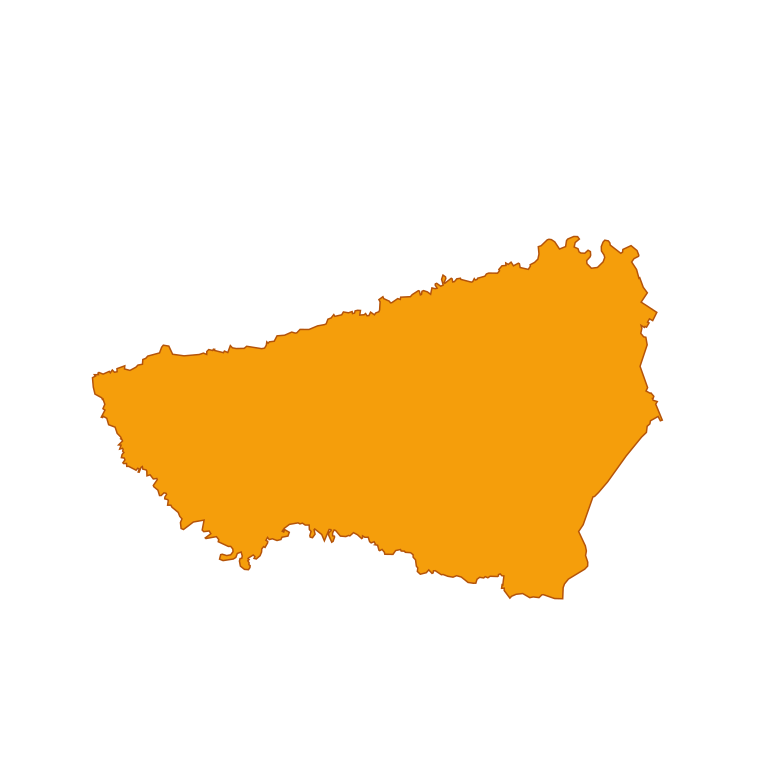 Paso de Ovejas, Veracruz, Mexico, rotated 24°
{"feature_id": "50627088B17085270439419", "entity_name": "Paso de Ovejas", "entity_type": "district", "adm_level": 2, "iso_a3": "MEX", "parent_name": "Mexico", "parent_adm1": "Veracruz", "projection": "natural_earth1", "projection_center": [-96.462, 19.257], "detail": "fine", "context": "isolated", "style": "filled", "palette": "amber", "viewbox_px": 768, "rotation_deg": 24, "n_neighbors": 0, "source": "geoboundaries", "source_scale": "gbopen_adm2", "svg_char_len": 6170}
<svg xmlns="http://www.w3.org/2000/svg" viewBox="0 0 768 768"><g transform="rotate(24 384 384)"><path d="M547.2,168.3L534.2,165.1L532.9,163.2L530.7,162.0L527.2,162.8L526.4,165.3L526.6,170.1L528.5,174.0L532.6,176.7L534.2,178.7L534.5,183.3L531.6,190.7L526.4,193.9L520.4,191.5L519.0,188.8L520.6,183.9L520.4,182.2L518.7,179.1L516.0,178.8L514.2,182.9L510.5,184.3L508.4,183.9L506.2,181.5L502.0,181.5L501.1,177.0L503.5,172.1L500.9,170.6L497.4,172.0L492.9,176.8L492.4,178.7L494.0,184.6L489.4,189.3L482.2,184.7L478.2,184.0L475.8,184.7L474.5,185.9L471.3,193.8L469.1,195.8L472.7,202.2L473.8,207.3L472.1,211.7L469.0,215.6L469.8,216.8L469.2,220.6L461.0,222.2L458.8,219.1L457.6,219.0L454.2,223.4L450.5,221.0L448.9,224.2L446.0,223.9L447.2,226.1L443.7,228.0L442.3,232.7L443.5,233.6L442.6,236.6L434.5,240.1L432.8,241.8L432.3,244.5L426.5,249.3L426.5,250.6L425.1,251.9L423.6,251.0L423.4,254.4L422.4,255.4L411.6,257.2L410.8,256.3L407.7,258.3L406.7,261.8L405.3,262.8L403.4,260.2L402.4,260.1L398.6,267.3L397.6,266.9L397.6,262.5L396.6,261.1L393.6,260.5L394.0,264.9L397.8,269.5L396.1,271.6L391.2,270.6L390.2,271.6L390.5,272.8L393.6,274.9L392.0,276.1L388.7,276.7L390.1,283.1L386.1,282.2L382.1,282.6L381.0,283.9L381.8,286.9L381.0,287.8L378.5,284.7L377.4,284.8L373.4,290.9L372.6,293.5L363.9,297.9L364.5,300.1L361.8,300.4L358.0,306.6L356.9,307.2L355.2,306.2L349.0,306.1L347.5,304.7L345.0,309.0L347.0,310.5L349.9,318.2L349.9,320.1L347.5,322.5L347.1,324.7L342.5,323.8L342.4,327.6L340.8,328.6L338.5,327.1L337.7,328.8L333.8,330.9L332.6,326.4L329.9,327.4L327.9,328.9L328.2,331.2L326.6,332.5L325.4,330.8L322.6,333.4L317.6,334.7L317.2,338.0L311.6,342.2L309.9,341.0L308.8,345.2L306.4,347.6L306.7,352.6L305.4,354.0L299.7,357.9L293.3,364.7L285.1,368.3L283.6,372.6L282.3,373.6L278.6,374.1L273.3,379.9L266.7,383.5L266.3,389.6L262.1,392.1L261.5,393.9L259.8,393.2L260.7,396.5L260.3,399.8L257.8,401.5L243.2,405.4L241.8,408.3L234.6,411.7L230.8,412.6L228.0,411.4L228.5,418.8L224.8,418.8L224.6,420.7L215.4,422.3L215.2,421.2L214.0,421.6L213.8,423.1L209.9,423.8L208.9,426.4L210.0,429.1L206.5,429.2L203.2,432.2L189.9,439.6L178.8,442.8L172.0,436.9L166.6,438.3L165.9,440.9L166.3,446.9L156.8,454.6L155.9,457.5L153.7,459.7L155.3,464.2L151.5,466.8L150.5,469.6L146.4,474.9L140.8,475.8L139.8,472.8L133.8,478.6L135.2,481.3L133.0,482.9L130.1,481.7L129.4,485.1L127.9,484.2L123.4,489.2L118.9,489.4L118.3,490.4L119.3,491.6L115.6,493.3L116.7,494.1L117.7,493.5L115.1,496.8L119.7,505.1L124.1,510.8L131.7,511.4L133.0,512.6L133.4,512.0L137.2,516.1L137.3,520.9L139.7,521.3L139.2,529.3L140.6,529.1L140.8,527.7L144.7,528.1L149.0,533.2L155.9,532.8L160.4,537.7L164.8,539.4L166.2,540.6L165.8,541.2L167.2,541.4L168.3,542.4L166.3,547.6L168.7,546.8L169.0,551.0L171.3,549.1L172.3,549.9L172.6,551.7L174.2,552.4L173.4,554.9L174.0,558.1L176.8,557.3L178.2,558.7L177.5,562.2L178.5,562.6L181.1,561.3L182.5,563.9L184.2,563.1L192.6,563.6L193.3,561.1L195.0,561.2L195.2,564.4L196.2,564.2L196.0,558.9L196.8,557.7L198.3,559.9L201.5,559.2L202.7,560.0L204.8,564.3L207.3,562.1L211.9,564.6L214.9,562.7L215.8,563.6L214.5,570.5L215.5,571.5L220.6,572.9L224.3,577.2L225.8,576.5L227.3,572.9L229.4,572.5L230.3,573.3L229.8,576.4L230.4,578.1L233.4,577.6L234.3,578.2L235.6,582.7L238.6,581.4L240.4,582.8L248.2,585.0L251.3,588.0L254.3,589.4L254.4,593.4L257.4,598.5L260.0,598.5L266.0,587.6L275.0,581.5L277.3,591.4L279.4,592.2L284.1,589.4L286.7,591.2L283.3,597.3L284.2,597.6L293.0,591.6L296.3,593.3L296.7,595.5L307.9,595.7L310.0,594.7L313.0,596.2L314.3,598.6L313.4,602.4L310.1,604.7L305.5,605.3L304.2,606.3L305.0,610.9L308.8,610.8L317.5,605.2L319.2,602.7L318.9,598.5L321.8,595.6L324.5,598.8L324.9,601.1L323.5,602.0L323.9,604.5L326.9,608.8L331.9,610.1L335.7,608.8L336.2,606.3L335.6,604.4L334.1,604.0L333.4,602.1L331.5,600.9L332.2,599.3L330.8,599.0L330.9,598.1L334.1,593.4L336.3,594.2L336.2,596.2L338.5,595.8L340.6,591.3L340.5,587.3L339.4,584.3L340.2,581.5L341.8,581.7L342.3,576.5L341.8,575.1L339.7,574.8L340.0,571.5L342.4,572.8L345.0,570.8L349.9,570.5L353.1,568.0L353.1,565.5L358.1,562.0L357.8,558.0L352.5,557.4L352.6,560.0L350.9,559.9L351.5,556.5L354.7,550.7L362.0,545.8L364.1,546.0L366.1,544.3L369.4,544.9L373.0,543.3L375.0,547.3L377.3,548.3L377.9,552.7L378.9,553.9L381.2,553.5L382.1,549.2L379.4,545.6L379.7,544.6L388.3,546.8L393.3,551.5L393.0,539.2L394.7,538.6L395.4,539.3L394.0,542.7L394.8,544.5L400.6,549.8L401.5,548.4L401.1,543.9L400.6,543.2L398.8,543.6L397.6,540.9L397.8,537.6L399.4,537.5L406.0,540.7L411.2,538.9L413.2,536.8L414.6,536.6L416.6,532.2L421.1,532.5L426.5,534.3L427.0,533.3L426.2,531.5L428.9,531.8L431.9,530.4L435.0,533.9L436.9,534.4L439.1,532.1L441.6,534.0L441.2,534.5L443.7,533.9L447.0,537.9L447.9,538.0L449.5,535.9L452.7,537.5L454.0,539.2L461.5,536.0L462.4,531.4L466.4,528.5L467.6,529.6L470.7,528.4L471.9,529.1L476.9,527.3L480.0,528.1L481.1,530.4L484.3,531.8L487.7,537.3L489.7,538.3L490.7,541.7L494.5,543.0L499.4,539.2L500.5,535.6L504.9,537.5L505.7,536.6L505.2,534.5L506.8,533.7L514.0,534.9L515.4,534.0L520.6,533.7L525.6,532.4L528.3,529.6L533.1,528.9L541.5,531.1L546.6,529.7L548.9,528.6L548.4,524.6L550.0,521.7L554.0,520.6L554.8,518.8L557.7,518.8L559.1,516.5L566.0,513.7L566.6,512.8L566.1,511.5L567.4,510.2L569.6,511.2L571.6,510.6L574.3,519.3L573.5,519.3L574.5,522.8L576.9,521.6L577.8,523.8L586.1,528.4L586.9,526.0L590.3,522.3L596.0,519.0L604.1,519.9L606.9,517.8L612.5,516.1L614.0,512.3L615.4,511.6L627.1,510.6L634.6,507.5L630.5,497.2L630.2,493.2L631.8,487.2L642.7,471.5L644.1,467.5L642.6,463.9L637.9,458.7L636.8,454.2L633.8,450.0L621.8,439.6L623.2,431.5L620.8,402.1L622.1,401.1L624.1,395.9L628.1,382.4L634.5,351.2L640.9,327.7L643.4,321.5L641.6,315.6L643.1,312.3L642.4,309.2L647.6,302.2L651.4,305.2L652.9,303.8L640.4,291.9L640.8,288.9L636.5,289.4L635.1,288.0L635.7,287.6L635.5,285.5L631.5,283.6L630.9,284.2L626.2,283.8L626.3,280.1L610.7,263.7L608.5,241.2L604.2,234.8L602.0,235.3L598.0,233.3L596.9,228.2L595.0,225.9L598.9,226.4L599.0,225.3L600.7,225.3L601.3,220.4L599.6,220.3L600.0,216.5L603.7,216.8L604.1,207.6L585.6,204.6L587.5,193.6L581.5,190.2L574.4,182.9L573.9,183.7L568.2,176.7L560.6,171.8L561.4,167.8L564.6,163.8L564.4,162.7L560.9,159.2L553.4,157.1L547.5,163.9L548.3,166.5L547.2,168.3Z" fill="#f59e0b" stroke="#b45309" stroke-width="1.5"/></g></svg>